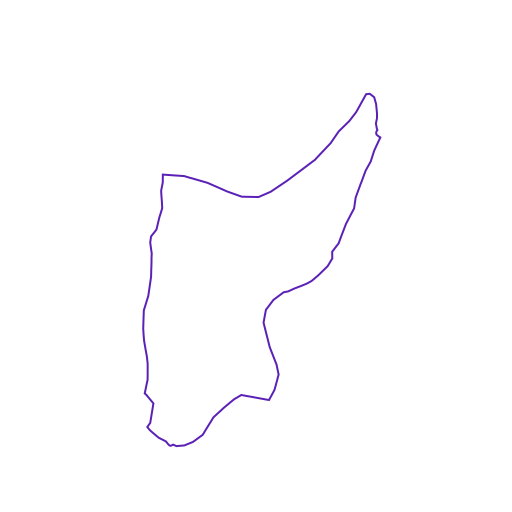 outline of Wukari, Taraba, Nigeria, rotated 142°
{"feature_id": "59680162B18982121994254", "entity_name": "Wukari", "entity_type": "district", "adm_level": 2, "iso_a3": "NGA", "parent_name": "Nigeria", "parent_adm1": "Taraba", "projection": "robinson", "projection_center": [9.844, 7.955], "detail": "fine", "context": "isolated", "style": "outline", "palette": "violet", "viewbox_px": 512, "rotation_deg": 142, "n_neighbors": 0, "source": "geoboundaries", "source_scale": "gbopen_adm2", "svg_char_len": 2506}
<svg xmlns="http://www.w3.org/2000/svg" viewBox="0 0 512 512"><g transform="rotate(142 256 256)"><path d="M428.3,216.2L427.9,214.3L427.6,203.0L442.1,189.6L446.9,188.2L446.9,186.0L446.9,185.0L446.8,183.7L446.6,182.6L446.2,180.5L444.9,174.3L444.8,174.0L444.6,172.8L443.2,169.8L442.5,168.3L442.3,167.9L441.1,165.2L441.1,161.9L440.8,159.9L440.0,158.9L437.5,158.4L436.8,157.2L435.7,155.1L434.3,154.3L432.4,153.0L431.8,152.6L429.0,150.8L425.4,149.8L421.6,148.7L420.4,148.4L420.1,148.3L417.2,148.2L410.8,148.0L408.1,147.9L405.3,148.9L405.0,149.1L388.7,155.1L374.7,156.2L368.0,156.4L366.1,156.5L363.9,156.5L361.7,156.6L360.7,156.5L359.3,156.3L353.1,155.5L351.9,154.1L350.3,152.3L349.0,150.8L346.7,148.3L342.1,143.1L340.5,141.3L338.0,138.5L337.7,138.2L337.5,137.9L334.4,134.5L333.5,134.9L325.9,138.2L323.6,139.3L317.6,143.8L315.8,145.1L313.3,147.1L311.2,148.6L306.7,157.7L301.3,175.7L296.1,187.5L291.1,198.8L286.3,203.1L283.0,206.0L282.3,206.6L281.3,207.5L278.2,208.3L275.6,209.0L269.2,210.7L266.4,210.6L256.5,210.4L252.5,208.3L246.0,206.8L238.5,204.5L232.7,202.9L227.6,202.1L219.1,202.4L205.7,203.9L197.4,207.1L193.3,212.5L183.1,215.1L176.8,219.0L165.3,225.9L153.9,231.1L149.4,233.1L141.5,240.7L134.1,245.3L132.0,246.6L129.0,248.5L127.5,249.3L124.6,251.1L117.0,255.8L107.5,259.8L97.9,266.3L94.6,268.0L87.4,271.7L86.9,271.9L85.0,272.9L85.6,274.4L86.3,277.3L85.8,278.7L84.7,279.8L83.6,280.3L82.8,280.5L82.3,282.1L79.8,286.8L79.6,286.9L75.8,290.1L72.7,294.1L67.8,301.8L65.1,308.4L66.5,313.8L69.6,315.7L77.9,312.2L83.5,309.8L88.5,307.7L99.4,304.9L113.0,303.4L114.3,303.2L127.6,299.0L147.5,296.0L150.2,295.5L154.8,295.6L182.3,296.1L185.6,296.2L205.0,297.6L206.9,298.1L209.6,298.8L217.7,300.9L230.7,311.5L239.0,324.6L245.6,336.9L249.1,343.4L252.1,347.6L258.1,355.9L260.2,358.7L263.4,363.2L279.3,377.5L283.9,371.7L284.7,370.9L290.5,365.9L292.0,363.8L294.1,360.7L295.5,358.6L297.1,356.2L298.8,353.8L300.4,351.5L305.3,348.0L307.9,346.3L318.2,338.1L319.8,337.7L322.6,337.0L324.8,336.5L326.7,336.0L327.3,335.4L331.2,331.6L331.5,331.0L334.9,325.2L336.6,322.2L339.7,318.6L341.1,316.8L343.1,314.3L345.2,311.8L347.3,309.3L351.5,304.2L365.5,290.8L370.6,287.3L371.7,286.5L377.9,282.2L379.9,279.8L383.6,275.4L385.2,273.5L387.0,271.3L389.7,268.1L391.0,266.1L392.7,263.7L395.2,259.9L396.0,258.7L396.9,257.1L399.6,252.1L401.2,249.1L402.8,246.0L404.6,242.7L405.3,241.7L407.3,238.4L408.8,236.4L409.8,235.1L412.0,232.3L414.9,228.6L416.7,226.4L417.6,225.2L419.2,223.9L428.3,216.2Z" fill="none" stroke="#5b21b6" stroke-width="2"/></g></svg>